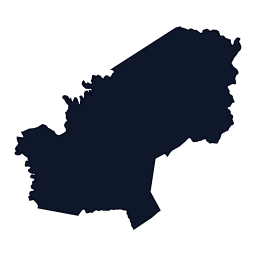 Moronou, N'zi-Comoé, Ivory Coast
{"feature_id": "98640826B53162767921513", "entity_name": "Moronou", "entity_type": "district", "adm_level": 2, "iso_a3": "CIV", "parent_name": "Ivory Coast", "parent_adm1": "N'zi-Comoé", "projection": "natural_earth1", "projection_center": [-4.266, 6.594], "detail": "fine", "context": "isolated", "style": "filled", "palette": "ink", "viewbox_px": 256, "rotation_deg": 0, "n_neighbors": 0, "source": "geoboundaries", "source_scale": "gbopen_adm2", "svg_char_len": 5640}
<svg xmlns="http://www.w3.org/2000/svg" viewBox="0 0 256 256"><path d="M159.8,210.3L149.8,191.9L154.9,158.2L164.9,152.9L167.5,155.8L169.5,152.5L171.5,150.2L179.1,145.9L184.8,141.0L187.7,138.0L189.6,137.1L190.2,137.2L191.7,138.7L192.5,140.5L193.6,141.4L195.8,141.0L196.6,141.3L198.5,140.4L201.3,139.9L202.6,139.0L204.6,138.5L205.4,138.0L206.0,138.5L207.0,140.4L208.1,141.4L208.7,141.6L209.8,142.8L212.4,142.3L216.7,142.9L217.6,141.8L218.5,139.3L219.7,138.3L220.4,135.0L220.9,134.0L222.6,132.3L224.2,131.7L225.8,130.6L227.4,130.3L228.4,128.2L230.3,125.5L231.5,124.5L232.3,124.4L233.0,123.8L233.1,122.5L232.5,122.2L232.2,120.8L231.5,119.3L232.0,118.5L232.4,116.9L232.2,115.7L230.4,114.6L229.7,113.2L230.1,112.1L229.8,111.4L229.0,110.3L228.1,109.9L227.4,109.2L226.7,108.1L227.0,107.3L227.8,106.6L230.0,105.8L231.4,102.8L232.4,102.2L233.5,102.0L233.8,101.8L233.7,101.4L232.0,97.9L232.0,97.5L232.3,97.1L232.0,96.3L231.1,95.5L229.9,95.0L228.8,93.8L228.7,92.6L228.9,91.8L228.8,91.2L228.2,89.6L227.1,88.0L226.8,87.0L227.0,86.3L228.2,85.1L229.2,84.9L230.3,84.1L232.0,83.4L233.3,83.3L234.9,83.6L235.3,83.0L235.3,81.6L234.5,79.2L234.7,77.2L236.0,74.5L237.2,73.7L237.9,72.9L237.5,71.5L236.7,70.1L235.7,69.1L233.2,67.3L231.1,63.9L230.9,63.0L231.3,61.4L232.3,60.1L233.3,57.8L235.6,55.0L237.7,52.0L237.9,50.9L239.4,50.3L240.4,48.4L240.6,46.6L239.4,43.6L238.3,42.1L238.6,40.8L239.5,39.4L239.5,38.7L239.3,38.6L237.8,38.1L236.8,38.6L235.0,41.1L234.6,41.9L234.5,43.4L233.7,44.8L233.0,45.5L232.4,45.8L231.4,45.1L230.4,43.4L230.2,42.7L230.0,40.1L229.1,40.1L228.2,39.4L226.5,39.2L225.9,38.7L225.2,38.5L224.5,37.8L223.8,36.7L223.4,36.4L221.8,36.3L220.2,36.5L219.4,35.4L219.0,33.8L218.4,32.0L216.8,30.8L213.6,30.3L212.1,30.6L211.6,31.2L210.7,31.3L210.1,31.6L209.1,31.2L207.7,29.7L206.8,29.5L203.4,30.6L202.8,32.9L201.6,33.7L200.4,33.5L199.0,32.9L198.2,32.0L196.2,30.7L195.8,30.5L194.2,30.8L192.0,29.4L190.2,29.2L189.1,30.2L188.5,30.4L186.4,29.8L184.0,28.7L181.8,28.3L180.1,27.2L179.0,27.3L178.4,28.0L176.5,27.9L112.1,69.3L112.7,69.4L113.3,70.1L113.8,70.2L114.4,71.0L114.7,71.9L114.3,72.7L112.8,74.1L112.5,74.5L112.5,75.0L111.8,76.5L111.2,76.5L111.1,77.5L110.3,78.1L109.3,77.8L107.8,76.3L106.1,76.0L104.3,77.7L104.2,79.4L103.7,79.8L101.3,78.2L100.2,76.3L99.2,76.2L98.4,75.8L98.3,75.5L97.6,75.7L97.0,76.2L96.7,77.1L96.3,77.2L95.5,76.4L93.4,75.6L92.8,75.9L92.7,77.0L92.4,77.7L92.5,78.1L93.2,77.2L93.5,77.3L93.6,78.0L93.5,78.4L92.7,79.0L92.4,80.0L92.1,80.2L91.8,80.1L91.6,80.4L91.6,81.3L92.3,81.6L92.6,82.9L92.2,83.9L91.4,84.6L89.0,83.9L88.0,83.1L87.6,83.3L86.5,84.3L85.7,84.1L84.8,83.4L83.8,81.4L83.5,81.2L82.8,82.1L82.9,83.4L82.4,84.0L83.1,85.0L83.6,86.1L84.9,87.0L85.9,88.0L89.2,88.2L89.8,87.8L91.2,88.1L91.6,88.9L92.4,89.0L92.7,89.3L93.1,90.7L92.2,90.9L92.0,91.4L91.5,91.6L90.0,90.7L89.6,90.7L90.1,92.9L91.0,94.5L91.3,94.6L91.5,96.0L90.7,94.8L88.9,93.9L88.6,93.1L87.4,91.5L86.7,91.3L85.7,91.6L84.9,92.8L84.7,93.9L84.9,96.4L84.5,97.9L84.0,98.5L82.6,98.7L82.1,98.5L81.7,98.2L82.1,97.5L81.8,96.6L81.5,96.3L80.5,96.4L80.2,96.6L80.3,97.5L81.0,98.9L81.1,100.0L80.7,102.0L80.7,103.5L79.9,104.9L79.2,105.2L78.4,105.0L78.0,104.5L78.1,102.9L77.7,102.1L77.7,101.6L77.3,101.1L77.2,100.0L76.0,98.0L75.1,98.0L74.3,99.4L73.5,101.7L72.9,102.2L72.1,102.4L71.3,101.4L70.6,99.0L69.7,100.1L69.4,99.9L68.3,98.0L67.7,97.1L67.1,96.6L66.4,96.2L64.5,95.9L63.2,96.4L63.1,97.3L63.5,98.2L64.9,99.3L66.1,101.6L67.3,103.2L68.8,104.7L69.2,105.6L68.9,107.0L69.1,108.4L68.2,110.1L67.0,112.1L65.9,112.8L66.2,113.8L66.6,114.2L66.5,117.4L66.7,118.4L67.1,119.1L67.9,119.6L68.3,120.3L65.6,123.2L65.1,124.3L64.9,125.3L65.1,126.5L66.3,128.1L66.8,130.8L66.6,131.5L64.5,133.3L59.8,135.9L57.6,135.7L56.5,135.2L55.1,134.0L53.8,131.7L53.5,131.4L51.7,130.8L49.7,129.2L48.0,128.7L45.6,125.8L42.6,124.8L38.1,127.6L34.1,128.9L29.4,129.3L22.6,132.4L22.0,132.4L23.2,134.7L23.9,135.6L24.1,137.2L23.1,138.1L22.6,138.2L19.8,137.6L18.7,137.7L17.5,137.3L17.4,138.8L18.1,141.5L18.9,142.8L19.1,143.7L18.0,145.6L16.9,146.7L15.9,148.2L15.7,149.1L16.3,150.1L17.1,150.6L17.4,151.7L15.6,152.3L15.4,152.6L15.5,153.6L15.7,154.1L16.4,154.4L18.4,154.6L19.8,154.4L20.7,153.5L22.4,152.7L25.1,155.4L26.3,156.0L27.1,156.0L27.1,156.5L28.4,157.6L28.4,159.4L29.2,160.9L29.0,161.3L28.2,161.7L26.7,161.3L26.2,161.5L26.0,162.2L26.0,163.2L25.5,164.9L25.6,165.8L26.3,166.1L27.5,165.5L28.1,165.6L29.0,166.0L30.9,166.5L31.6,166.9L31.6,167.4L30.9,167.8L30.6,169.2L29.0,169.7L28.7,170.3L28.9,171.2L30.2,172.2L32.6,173.1L34.5,173.0L35.9,174.7L35.7,175.3L34.3,175.7L33.8,175.7L32.4,175.0L31.6,175.2L30.8,176.7L31.1,177.3L31.6,177.6L34.3,178.0L34.7,178.7L35.9,179.5L36.1,179.9L35.9,180.2L35.0,180.2L34.2,181.0L34.0,181.5L32.8,182.0L33.0,183.8L32.9,184.9L31.8,185.5L31.5,185.9L31.5,186.8L32.1,188.3L33.8,188.5L34.9,189.1L34.2,190.7L33.9,191.1L33.2,191.5L31.4,191.7L30.2,192.3L30.0,194.5L30.4,195.2L31.5,196.1L31.6,196.5L30.5,196.8L29.4,196.7L29.0,196.9L29.1,197.5L29.8,198.6L29.8,199.3L30.1,200.1L32.0,199.4L33.5,199.4L34.7,200.0L35.9,201.6L36.7,202.1L38.0,204.2L38.5,205.3L38.7,206.7L38.4,207.7L77.9,215.0L78.8,213.4L81.7,209.6L82.5,209.1L84.5,208.6L85.7,210.4L86.2,212.1L86.8,212.6L89.1,212.1L90.0,211.6L90.7,211.6L91.5,212.1L92.0,212.1L95.6,209.5L96.8,209.6L98.9,210.4L101.1,209.4L103.4,209.9L106.8,209.9L108.2,210.1L109.0,210.0L110.2,208.8L110.6,208.8L113.8,209.2L116.8,208.8L118.1,208.9L119.8,208.6L121.7,208.9L123.9,209.7L125.3,209.4L126.8,210.4L127.4,211.2L127.6,211.7L127.2,213.1L127.3,213.8L128.3,215.0L128.5,216.6L128.9,217.6L129.9,218.2L130.4,219.0L130.5,220.5L131.3,222.7L132.2,223.3L131.8,224.6L132.1,226.1L134.0,228.3L134.0,228.8L150.2,217.9L150.5,217.9L157.9,211.5L159.8,210.3Z" fill="#0f172a" stroke="#020617" stroke-width="1.5"/></svg>